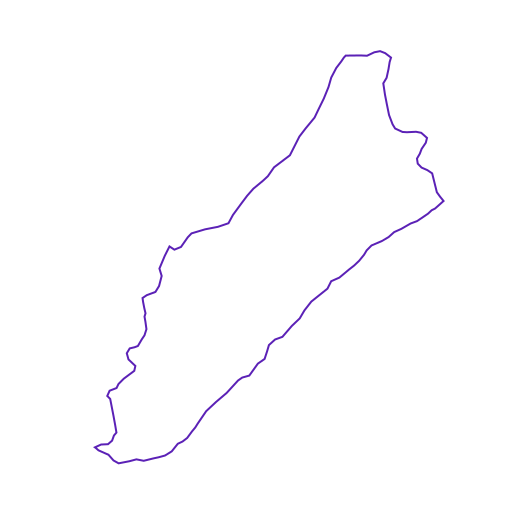 Qusar District, Qusar, Azerbaijan, rotated 349°
{"feature_id": "54616110B21517829058101", "entity_name": "Qusar District", "entity_type": "district", "adm_level": 2, "iso_a3": "AZE", "parent_name": "Azerbaijan", "parent_adm1": "Qusar", "projection": "mercator", "projection_center": [48.257, 41.46], "detail": "fine", "context": "isolated", "style": "outline", "palette": "violet", "viewbox_px": 512, "rotation_deg": 349, "n_neighbors": 0, "source": "geoboundaries", "source_scale": "gbopen_adm2", "svg_char_len": 1931}
<svg xmlns="http://www.w3.org/2000/svg" viewBox="0 0 512 512"><g transform="rotate(349 256 256)"><path d="M382.3,76.4L380.1,78.0L376.9,81.2L370.7,86.7L363.9,95.2L359.4,104.0L352.6,114.4L345.4,123.9L339.9,131.3L329.2,140.1L321.4,147.0L308.5,163.6L290.6,172.4L282.9,179.9L277.3,183.4L266.3,189.4L258.9,195.1L251.6,201.7L241.2,211.3L235.2,218.6L224.2,220.1L211.1,220.1L197.0,221.5L192.6,224.6L184.1,232.8L177.1,234.2L172.9,230.1L166.5,238.4L158.8,249.9L159.6,257.6L155.1,267.0L150.4,272.1L141.3,273.6L136.6,275.6L136.4,279.7L136.4,285.8L136.6,291.2L135.0,294.2L134.9,299.6L134.5,306.9L131.4,312.6L128.0,316.0L122.9,321.8L119.4,322.4L114.4,322.6L110.6,326.8L111.1,333.2L116.6,340.9L114.6,345.5L102.8,351.2L96.6,355.4L93.9,359.0L86.6,360.3L83.3,365.0L85.6,368.5L85.6,378.3L85.6,385.5L85.5,395.1L85.3,402.7L82.3,405.1L79.5,409.8L74.8,412.5L68.0,411.5L61.4,413.1L62.2,414.0L64.3,416.7L73.3,423.0L77.1,429.5L81.6,433.3L92.5,433.3L99.8,432.8L106.7,435.6L112.9,435.3L116.7,435.1L122.0,435.0L128.6,434.5L136.0,431.7L143.4,425.4L148.5,424.1L153.7,421.5L159.8,415.9L163.7,412.7L166.8,409.4L177.5,398.8L189.0,391.6L201.1,384.8L214.6,374.8L219.3,372.7L226.6,372.1L237.3,362.0L244.8,358.7L248.7,351.7L251.7,345.9L258.8,341.6L266.5,340.4L277.8,331.5L287.0,325.6L293.2,318.6L301.6,311.3L319.9,301.7L325.0,295.1L333.7,293.1L338.1,290.7L344.8,287.0L350.5,284.1L356.3,280.4L362.3,275.4L365.7,271.6L371.4,267.7L382.5,265.3L389.8,262.7L396.2,258.9L403.8,257.1L414.0,253.6L420.7,252.5L432.9,247.3L437.2,244.6L440.8,243.6L450.6,237.8L448.0,232.9L445.7,227.9L444.7,208.5L440.6,204.4L435.4,200.8L432.4,196.2L432.6,191.1L436.3,186.9L439.0,182.5L444.3,177.2L446.4,172.7L441.7,166.6L436.8,164.6L427.8,163.3L423.5,162.2L416.9,157.4L415.2,152.8L413.5,143.0L413.4,132.1L413.4,122.2L413.9,110.8L418.2,106.0L421.7,97.9L424.2,91.1L426.4,87.0L421.5,81.5L416.9,78.6L411.0,78.6L403.2,80.6L397.0,79.1L382.3,76.4Z" fill="none" stroke="#5b21b6" stroke-width="2"/></g></svg>